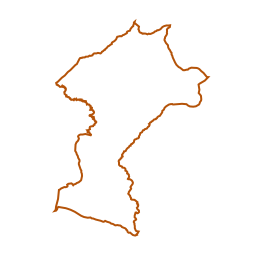 Sapuyes, Nariño, Colombia, rotated 95°
{"feature_id": "7082276B44566424011980", "entity_name": "Sapuyes", "entity_type": "district", "adm_level": 2, "iso_a3": "COL", "parent_name": "Colombia", "parent_adm1": "Nariño", "projection": "natural_earth1", "projection_center": [-77.678, 1.042], "detail": "fine", "context": "isolated", "style": "outline", "palette": "amber", "viewbox_px": 256, "rotation_deg": 95, "n_neighbors": 0, "source": "geoboundaries", "source_scale": "gbopen_adm2", "svg_char_len": 5924}
<svg xmlns="http://www.w3.org/2000/svg" viewBox="0 0 256 256"><g transform="rotate(95 128 128)"><path d="M217.0,193.7L216.6,192.5L215.3,191.6L213.4,191.1L212.7,190.5L213.3,183.1L213.7,181.2L214.5,178.0L216.1,173.7L219.5,167.1L220.5,164.1L220.9,160.3L220.4,157.5L221.2,156.3L221.2,154.8L222.0,152.1L222.8,147.1L223.6,144.5L223.2,143.4L222.5,142.7L223.2,140.8L223.8,137.8L224.7,136.5L224.9,134.7L226.1,132.2L225.6,129.9L225.8,128.8L225.8,127.3L226.4,126.1L227.2,125.4L228.2,122.0L228.9,121.1L229.5,120.9L230.0,119.9L231.4,119.4L232.1,118.6L232.3,118.1L232.0,116.8L234.1,113.9L234.4,112.5L234.5,111.4L233.7,109.8L233.2,110.2L232.2,109.3L230.2,108.4L230.0,110.7L229.3,111.4L227.1,112.5L224.9,112.7L223.4,113.2L222.6,113.2L221.1,114.1L220.1,113.8L218.6,112.0L218.2,111.9L217.4,112.4L216.4,113.6L214.6,113.7L211.6,113.1L211.4,112.5L212.1,111.5L212.1,111.1L211.7,110.4L210.8,109.7L209.2,110.0L208.2,111.4L206.8,112.2L205.3,111.2L204.2,111.1L203.6,111.8L203.0,111.4L202.1,112.5L201.1,112.1L199.0,115.2L199.0,118.2L198.6,118.8L197.2,119.0L196.3,119.8L195.3,120.0L193.5,122.0L192.6,121.6L191.7,121.6L188.3,119.6L187.8,119.6L187.0,120.3L186.3,120.3L183.1,118.4L181.8,118.4L180.5,119.2L179.7,120.0L178.9,121.6L179.0,123.3L178.8,123.7L178.4,123.6L178.0,123.1L176.3,122.6L175.4,123.0L174.3,123.2L173.9,123.7L173.4,124.9L172.1,124.8L171.1,125.7L170.7,126.9L169.2,126.9L168.5,127.4L168.0,128.2L167.9,130.2L166.9,130.7L166.4,132.7L165.5,133.7L162.9,134.0L162.0,134.4L161.3,134.3L160.4,133.8L159.9,132.9L159.0,132.7L158.5,131.9L157.6,131.8L156.9,130.8L156.5,130.9L155.9,131.5L155.2,131.6L152.4,130.0L151.7,130.0L151.2,128.4L149.3,127.6L147.8,126.5L147.3,125.6L145.8,125.0L145.4,123.8L144.6,123.9L143.6,123.2L143.4,122.4L142.7,122.0L142.1,121.2L141.6,120.9L139.6,120.7L138.9,120.2L138.3,118.8L137.6,118.0L137.5,117.2L136.9,116.5L136.3,116.2L135.4,116.4L133.8,115.6L132.0,115.3L131.0,113.7L129.0,112.9L128.7,111.8L127.8,111.3L126.9,109.2L125.2,108.2L124.4,107.2L122.9,106.7L122.1,107.4L121.6,106.8L120.7,106.5L120.2,105.5L119.4,105.1L119.1,104.3L117.2,102.7L116.8,101.1L116.3,101.0L115.8,100.1L114.6,99.6L113.7,98.6L113.2,97.4L109.5,95.3L107.9,95.3L106.6,93.9L104.7,93.3L103.1,91.9L101.1,89.3L100.5,87.6L100.3,85.9L100.6,85.5L100.6,84.7L99.2,76.3L99.2,71.8L100.4,70.1L101.1,68.3L101.1,64.9L100.5,62.3L98.5,59.4L97.8,59.0L95.8,58.5L94.3,57.6L93.0,57.5L89.7,58.1L89.0,58.6L87.0,60.6L83.7,60.2L78.5,61.5L77.4,60.3L74.1,55.6L70.3,52.5L70.3,53.5L70.1,54.1L66.6,57.5L65.0,59.9L63.1,62.1L62.4,63.7L62.2,64.8L62.4,70.2L63.6,72.6L64.7,73.5L64.8,74.8L65.5,76.6L65.6,78.1L63.4,81.4L62.9,82.8L60.8,85.3L58.5,86.9L53.8,89.6L52.1,90.2L51.0,91.0L49.2,91.2L48.3,92.2L46.9,92.9L45.4,94.3L44.1,95.0L42.1,95.4L40.0,97.6L37.3,99.3L36.1,99.3L35.5,99.0L34.3,99.0L31.9,97.7L30.6,97.3L29.8,97.6L28.6,97.5L26.4,97.8L25.2,97.0L23.8,95.1L22.0,95.0L22.4,96.8L22.5,98.6L23.3,100.8L24.4,102.5L26.8,104.3L27.9,106.2L28.0,107.4L28.9,108.1L29.6,109.8L30.3,110.2L31.1,111.4L32.3,113.7L32.4,114.9L32.2,115.5L33.0,116.8L32.5,118.3L32.4,119.6L32.6,120.2L32.5,120.9L32.8,121.3L32.8,121.9L32.1,122.7L32.0,124.0L31.0,125.2L29.7,125.5L28.9,126.2L26.0,125.9L22.8,130.6L22.5,130.8L21.5,130.6L21.7,130.8L22.4,131.3L23.7,131.2L25.3,131.7L26.1,131.7L27.1,132.8L29.3,134.2L30.8,134.5L31.9,137.0L32.7,137.5L33.4,137.3L33.7,137.5L35.6,140.3L36.0,141.3L37.1,142.3L37.3,143.0L37.1,143.8L38.1,146.7L40.8,147.6L42.6,149.1L43.9,151.0L44.5,151.5L45.9,151.5L46.4,152.6L47.7,153.8L48.3,155.0L50.4,156.4L51.3,157.5L52.1,157.7L52.6,158.7L53.6,159.5L54.3,160.6L55.1,160.9L56.1,161.8L55.8,164.5L56.4,165.8L56.6,168.2L58.0,169.6L58.7,169.7L58.9,170.1L59.4,171.5L59.3,172.7L60.3,173.8L60.7,176.5L61.4,177.1L61.7,179.3L62.2,180.0L62.1,180.4L62.3,180.6L62.4,181.7L63.4,182.4L68.9,184.6L69.6,185.7L75.4,190.5L77.5,192.8L81.2,195.5L83.7,198.3L87.8,201.7L89.4,203.5L90.6,203.0L91.0,202.1L91.3,202.3L92.1,200.3L92.9,199.5L92.7,197.8L91.8,197.3L92.5,196.9L92.2,196.3L92.8,196.3L92.9,196.0L92.3,195.5L92.8,194.8L93.4,194.5L93.2,194.1L93.4,193.9L94.1,193.4L94.5,193.5L94.9,193.3L95.3,193.6L96.0,193.4L96.7,193.9L97.3,194.0L97.8,194.6L99.6,194.1L100.7,192.2L101.3,192.6L102.1,192.3L102.1,191.1L102.5,190.5L102.3,189.7L103.1,189.1L103.3,188.3L104.0,188.3L104.3,187.3L104.8,187.2L104.9,186.7L104.5,185.5L104.9,184.7L104.2,184.6L103.7,184.1L103.9,183.9L104.4,184.1L104.6,183.9L104.0,183.0L104.3,182.4L103.6,182.1L104.6,181.4L104.1,180.7L104.3,180.0L103.8,179.3L104.4,178.5L103.7,178.0L103.6,177.5L104.4,177.2L104.0,176.4L105.0,176.1L104.8,175.1L105.5,175.0L105.4,173.6L105.9,172.9L105.7,172.6L104.9,172.9L104.9,172.3L106.3,171.9L107.4,170.7L107.8,171.1L108.2,171.0L107.9,170.3L108.1,168.6L108.8,168.4L109.1,167.3L110.0,167.3L110.9,165.7L111.2,165.7L111.1,166.6L111.3,166.9L112.0,166.4L112.3,166.9L113.2,167.2L113.2,166.9L112.5,166.4L112.5,166.0L113.2,165.4L113.4,164.5L114.0,164.3L114.4,163.5L115.5,163.2L116.4,163.5L117.8,165.0L118.3,167.0L118.8,167.4L119.2,167.3L119.4,166.8L119.3,165.6L119.9,164.7L119.9,163.1L120.2,163.0L120.9,164.1L121.5,162.9L122.2,163.4L122.8,162.1L123.9,161.6L124.0,160.9L124.5,160.8L124.5,160.4L124.8,160.1L125.4,160.3L126.6,161.6L127.7,161.6L128.2,162.6L129.2,162.9L129.6,164.9L130.2,166.0L131.1,166.2L132.5,165.8L132.8,166.5L133.5,166.9L133.8,168.4L134.6,167.6L135.5,168.0L135.8,167.6L135.5,166.5L135.7,166.1L136.6,165.8L137.8,164.3L138.2,164.3L138.5,164.5L137.7,169.9L138.5,172.8L138.6,174.6L139.1,175.7L139.9,176.6L140.7,177.0L142.8,176.0L143.8,176.2L145.2,176.8L146.8,178.1L149.0,178.8L155.4,178.6L157.0,177.4L158.8,176.7L160.1,175.7L162.1,175.0L164.2,173.5L165.7,173.4L167.1,173.9L168.4,173.8L173.6,171.5L174.4,170.8L176.1,170.7L177.5,170.0L179.8,169.6L183.8,170.1L184.4,170.4L186.4,172.4L187.3,174.3L188.3,175.3L188.9,176.9L189.8,177.6L188.5,178.8L188.1,179.5L188.8,182.6L189.8,183.7L191.0,183.1L191.7,183.4L192.4,184.8L192.4,186.3L194.1,189.4L195.4,190.7L195.7,191.4L204.8,191.5L212.3,192.8L215.2,192.9L216.3,193.2L217.0,193.7Z" fill="none" stroke="#b45309" stroke-width="2"/></g></svg>